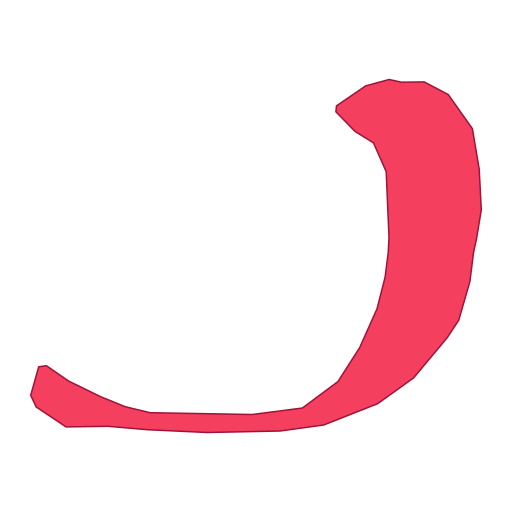 the district of Lekinoch, Federated States of Micronesia
{"feature_id": "79324940B50193929074024", "entity_name": "Lekinoch", "entity_type": "district", "adm_level": 2, "iso_a3": "FSM", "parent_name": "Federated States of Micronesia", "parent_adm1": "", "projection": "natural_earth1", "projection_center": [153.813, 5.505], "detail": "fine", "context": "isolated", "style": "filled", "palette": "rose", "viewbox_px": 512, "rotation_deg": 0, "n_neighbors": 0, "source": "geoboundaries", "source_scale": "gbopen_adm2", "svg_char_len": 637}
<svg xmlns="http://www.w3.org/2000/svg" viewBox="0 0 512 512"><path d="M389.0,237.8L388.2,252.6L385.1,277.1L377.0,308.8L359.7,347.6L337.9,381.6L302.4,408.0L252.2,414.5L150.1,412.7L125.2,406.7L100.6,396.7L68.7,381.1L46.4,365.7L38.7,366.8L30.7,395.3L36.2,407.0L66.0,426.9L108.1,426.3L147.2,429.7L207.3,432.5L280.1,431.0L323.7,425.0L377.6,403.7L413.6,377.9L447.2,337.7L458.7,320.3L469.9,281.6L473.5,252.8L476.6,238.4L481.3,209.8L479.2,169.1L472.4,128.7L448.3,94.6L424.2,81.9L401.5,82.2L389.1,79.5L365.8,85.8L336.5,105.8L335.9,111.8L355.1,131.5L373.5,142.9L386.2,171.7L389.0,237.8Z" fill="#f43f5e" stroke="#9f1239" stroke-width="1.5"/></svg>